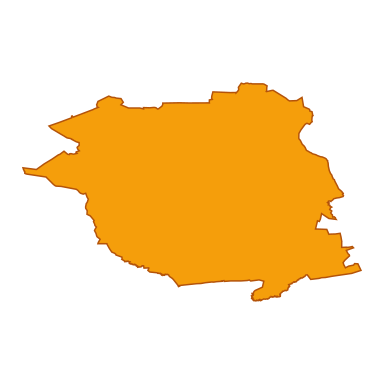 Vecpils pag., Durbes, Latvia
{"feature_id": "27541924B81448674487737", "entity_name": "Vecpils pag.", "entity_type": "district", "adm_level": 2, "iso_a3": "LVA", "parent_name": "Latvia", "parent_adm1": "Durbes", "projection": "natural_earth1", "projection_center": [21.536, 56.615], "detail": "fine", "context": "isolated", "style": "filled", "palette": "amber", "viewbox_px": 384, "rotation_deg": 0, "n_neighbors": 0, "source": "geoboundaries", "source_scale": "gbopen_adm2", "svg_char_len": 6014}
<svg xmlns="http://www.w3.org/2000/svg" viewBox="0 0 384 384"><path d="M278.0,296.8L279.1,296.8L280.3,296.4L280.4,294.6L279.9,294.8L279.8,294.2L281.5,292.5L282.0,292.3L282.5,291.3L283.6,291.2L285.1,290.3L285.9,290.7L286.5,290.6L287.8,289.8L287.7,289.1L288.0,288.7L288.1,287.9L288.6,287.2L289.1,287.0L289.0,286.5L289.7,286.1L288.7,284.6L291.7,283.7L291.6,283.3L292.4,283.1L293.5,282.1L294.5,282.2L294.4,281.8L296.4,281.7L297.2,280.4L298.2,280.0L298.0,279.8L299.7,278.7L300.7,278.5L300.9,278.0L300.7,278.0L301.0,277.8L302.3,278.0L303.1,277.3L303.6,277.3L304.1,276.6L304.9,276.4L305.7,275.1L307.2,274.8L310.7,279.4L319.1,278.4L321.5,277.7L325.4,277.5L332.5,276.2L351.7,273.4L361.0,270.4L357.9,263.8L354.6,263.6L353.6,265.1L348.7,266.1L345.4,267.8L344.3,265.6L344.0,265.3L343.1,262.6L344.9,260.2L349.5,255.9L349.3,254.9L348.0,253.7L346.3,250.4L353.5,247.8L352.3,246.5L350.3,247.0L346.5,247.5L346.5,247.2L341.7,247.4L341.7,242.0L341.8,241.7L341.0,237.0L340.1,233.3L335.4,234.0L330.9,234.1L328.9,234.3L326.8,229.4L315.5,229.0L317.5,220.8L319.3,221.5L320.3,219.4L321.6,213.6L328.9,218.5L336.1,219.4L335.5,218.6L335.4,217.8L334.2,216.8L332.7,217.0L332.4,214.9L331.2,213.7L330.7,212.8L331.6,211.7L331.7,210.8L329.7,209.6L330.5,207.8L331.7,207.1L330.6,206.4L330.4,206.7L330.1,206.0L329.7,205.8L329.8,205.3L329.3,205.0L328.4,204.9L328.7,204.3L328.4,204.1L328.4,203.9L329.0,203.3L328.5,203.1L328.8,202.8L327.7,202.5L328.3,202.0L328.3,201.3L328.5,201.1L329.5,201.0L330.8,201.4L330.8,201.0L331.6,200.8L332.6,200.1L333.7,198.8L336.6,198.0L339.6,197.6L343.1,196.5L343.5,195.6L342.5,194.3L343.3,193.6L343.3,193.3L342.2,192.5L342.0,191.7L338.5,188.7L337.5,186.3L334.7,180.9L334.4,179.7L333.0,178.7L332.9,177.9L332.3,176.8L331.8,175.1L330.5,173.4L329.3,170.6L328.4,166.4L328.1,163.0L327.5,161.0L327.6,160.6L327.1,160.3L326.2,158.9L325.2,158.2L322.4,157.0L320.5,156.7L317.5,155.6L315.8,154.7L312.5,153.8L310.8,152.6L309.9,152.4L308.5,151.4L307.2,150.8L306.3,150.1L305.2,147.6L304.2,146.1L302.2,144.2L300.3,140.3L299.1,139.0L298.8,138.3L298.9,133.5L300.8,130.1L304.7,124.8L305.4,124.1L306.9,123.3L309.6,124.3L311.3,122.3L312.2,121.7L311.8,120.1L312.1,116.9L312.8,115.7L312.4,115.7L312.6,114.4L312.0,111.7L309.8,111.0L309.6,109.5L309.1,109.1L303.6,106.7L302.0,97.4L296.8,100.6L289.4,100.9L287.7,99.8L286.1,98.3L273.1,90.3L272.0,90.4L266.5,91.6L266.3,91.5L266.6,91.1L266.8,87.2L267.1,85.9L264.0,84.1L262.9,83.9L252.3,83.9L251.0,83.5L249.1,83.7L247.7,83.1L245.7,83.2L244.7,83.7L243.4,83.9L241.3,83.2L238.4,87.3L238.7,89.2L238.5,90.0L237.8,91.1L236.0,93.0L235.9,92.5L230.5,92.6L212.9,91.9L211.8,96.1L211.6,98.3L212.3,99.4L209.4,99.9L209.3,102.3L209.4,102.9L188.8,103.0L179.6,102.8L162.8,103.1L162.8,104.3L162.0,106.1L158.5,108.8L157.5,109.0L155.9,107.7L154.1,107.4L149.6,107.8L143.5,107.6L143.6,108.9L139.7,108.0L128.5,108.0L120.9,104.8L123.3,102.3L121.0,98.6L116.3,98.1L114.6,97.5L111.8,97.3L108.8,96.1L98.0,101.4L96.6,104.9L97.0,105.6L97.0,106.7L98.2,107.4L94.0,109.0L93.5,109.4L73.2,117.1L72.1,115.9L71.6,116.2L71.6,117.8L59.6,122.3L49.0,126.0L51.5,128.6L67.1,137.9L70.8,138.6L72.2,139.4L72.0,139.5L76.3,141.8L79.1,142.6L79.2,145.4L77.3,147.1L77.1,147.6L77.8,149.2L79.3,150.8L76.2,151.9L76.0,152.5L77.0,153.4L73.4,154.2L70.9,153.6L69.7,153.8L69.5,154.5L69.1,154.5L67.7,154.3L64.0,151.2L59.9,154.3L58.3,154.9L51.8,159.3L44.2,163.9L36.4,169.5L23.0,167.8L23.6,169.8L24.1,170.4L24.2,171.1L24.8,171.7L24.8,173.3L25.5,173.7L26.9,174.1L46.0,177.0L53.3,184.3L54.8,185.5L56.0,186.1L61.1,186.4L76.3,189.3L77.9,190.4L79.6,192.5L80.7,193.3L83.2,194.1L85.7,193.3L87.1,197.2L88.3,199.1L87.2,202.4L86.3,203.5L85.6,206.9L85.7,208.3L87.2,210.6L87.0,214.3L90.3,215.9L94.1,220.5L93.5,221.6L94.6,224.0L95.0,225.6L96.4,227.0L95.1,229.2L94.5,230.6L96.0,233.4L96.7,236.0L97.2,236.9L99.7,238.8L100.1,239.3L98.3,242.4L97.9,243.7L106.9,243.7L107.0,244.2L109.5,248.7L111.8,252.1L114.7,253.3L115.8,254.3L116.0,255.0L121.9,257.1L122.1,259.2L121.9,259.4L124.3,260.8L124.7,261.7L125.2,261.7L126.0,261.2L126.2,261.5L126.9,261.6L127.7,261.1L128.3,261.2L128.6,261.7L129.8,261.8L129.3,262.4L129.6,263.2L129.9,263.3L129.7,263.5L130.1,263.6L130.3,263.9L130.7,264.0L130.8,263.7L131.0,263.6L131.3,264.0L131.8,263.9L132.3,264.5L132.6,264.5L132.6,264.3L132.8,264.2L133.4,264.7L134.1,264.9L134.4,264.4L134.7,264.7L135.4,264.5L136.0,265.0L135.8,265.1L136.0,265.7L136.7,265.9L136.8,266.3L137.2,266.5L137.7,266.1L138.2,266.7L138.0,267.2L138.5,267.1L138.6,266.9L139.1,267.1L139.6,266.9L140.9,266.9L141.6,266.5L141.9,266.3L141.7,266.2L141.9,265.9L142.2,265.7L143.6,265.8L144.0,268.1L148.7,267.9L148.8,268.4L147.9,270.4L149.8,272.0L157.2,272.8L157.7,273.3L158.3,273.1L159.2,273.6L160.1,273.2L161.1,273.8L161.0,274.4L162.0,274.4L161.9,275.1L162.6,275.0L162.8,275.4L163.0,275.3L163.0,275.0L163.6,275.2L163.9,274.8L164.3,275.3L164.7,275.2L164.6,274.7L165.2,274.2L166.7,274.6L167.0,274.3L167.7,274.4L168.1,274.9L168.6,274.9L169.4,276.4L172.4,278.5L173.6,279.8L177.8,285.1L178.5,286.6L179.6,286.2L179.4,285.6L181.3,285.3L196.5,283.7L200.9,283.5L205.4,282.7L211.7,282.0L213.8,282.1L216.4,281.7L222.0,281.3L221.8,280.9L224.0,280.6L224.3,281.4L231.0,280.9L241.2,280.9L247.3,280.5L249.3,280.0L250.7,281.0L259.1,279.9L263.8,281.2L262.4,287.2L255.3,290.4L254.4,291.1L253.7,292.1L253.3,293.5L252.0,293.4L252.0,293.7L252.3,294.1L253.4,294.7L253.2,295.3L252.0,295.5L251.6,295.8L252.3,296.2L251.8,296.8L251.8,297.2L252.8,298.0L251.7,298.3L251.6,298.5L253.0,299.4L252.9,299.8L253.4,300.4L253.9,300.2L254.3,300.3L254.3,300.7L255.2,300.6L255.6,300.9L256.3,300.8L256.7,300.2L257.3,300.6L257.7,300.4L258.0,300.5L258.2,300.2L258.8,300.6L259.1,300.4L258.8,300.1L259.8,299.8L259.6,299.5L259.8,299.4L260.2,300.0L260.0,300.3L260.4,300.7L261.3,300.4L261.2,300.1L260.8,299.9L262.4,299.7L263.6,299.0L265.4,299.2L267.3,298.8L267.7,299.1L269.3,298.1L269.6,297.4L271.1,296.9L271.8,297.0L271.6,296.6L273.2,296.9L273.2,296.7L274.6,296.6L274.4,296.4L274.5,296.2L274.9,296.7L276.1,296.5L275.8,296.8L276.7,297.0L277.0,297.1L277.4,296.8L277.2,296.6L278.0,296.8Z" fill="#f59e0b" stroke="#b45309" stroke-width="1.5"/></svg>